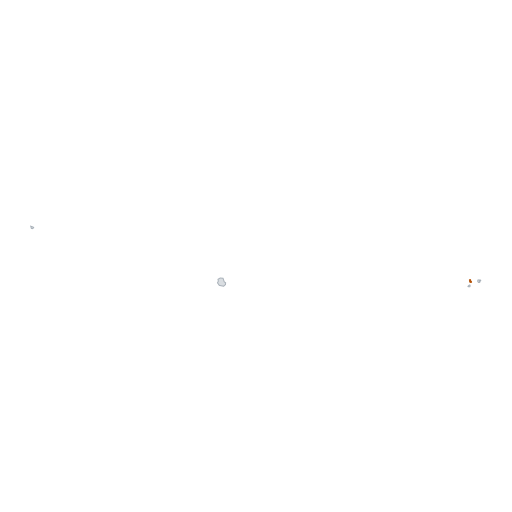 Fefen, Federated States of Micronesia shown in context, rotated 175°
{"feature_id": "79324940B58883222100719", "entity_name": "Fefen", "entity_type": "district", "adm_level": 2, "iso_a3": "FSM", "parent_name": "Federated States of Micronesia", "parent_adm1": "", "projection": "natural_earth1", "projection_center": [151.838, 7.342], "detail": "fine", "context": "in_parent", "style": "filled", "palette": "amber", "viewbox_px": 512, "rotation_deg": 175, "n_neighbors": 0, "source": "geoboundaries", "source_scale": "gbopen_adm2", "svg_char_len": 1068}
<svg xmlns="http://www.w3.org/2000/svg" viewBox="0 0 512 512"><g transform="rotate(175 256 256)"><path d="M295.9,236.1L293.6,237.2L290.8,236.7L289.9,233.0L288.6,232.0L288.9,230.2L290.9,228.7L295.1,229.9L296.7,232.6L295.7,234.3L295.9,236.1ZM37.2,212.2L36.9,212.8L34.5,212.5L34.2,212.2L34.4,211.9L35.5,211.7L35.6,210.8L35.1,210.7L35.6,210.2L36.5,210.2L37.0,210.7L37.3,211.4L37.2,212.2ZM477.4,303.1L477.8,305.3L475.4,304.2L475.0,303.5L476.4,302.7L477.4,303.1ZM46.3,208.3L45.6,208.5L45.3,208.3L45.4,207.2L45.6,206.8L46.3,206.7L47.4,207.0L47.5,207.3L46.3,208.3Z" fill="#d9dde1" stroke="#a8b0b8" stroke-width="1"/><path d="M44.4,212.2L44.5,212.3L44.6,212.5L44.6,212.8L44.6,213.0L44.6,213.3L44.6,213.5L44.8,213.6L45.0,213.6L45.2,213.4L45.1,213.2L45.1,212.9L45.1,212.7L45.1,212.4L45.0,212.2L45.1,211.9L45.2,211.7L44.9,211.5L44.7,211.4L44.5,211.2L44.3,211.1L44.2,211.1L43.9,211.2L43.8,211.3L43.8,211.5L44.0,211.6L44.0,211.8L44.1,212.0L44.1,211.9L44.1,212.0L44.3,212.2L44.4,212.2ZM44.3,212.3L44.3,212.2L44.3,212.3Z" fill="#f59e0b" stroke="#b45309" stroke-width="1.5"/></g></svg>